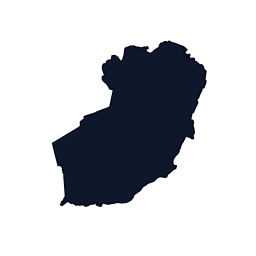 Nauzontla, Puebla, Mexico (Mercator projection), rotated 21°
{"feature_id": "50627088B22298863310989", "entity_name": "Nauzontla", "entity_type": "district", "adm_level": 2, "iso_a3": "MEX", "parent_name": "Mexico", "parent_adm1": "Puebla", "projection": "mercator", "projection_center": [-97.592, 19.962], "detail": "fine", "context": "isolated", "style": "filled", "palette": "ink", "viewbox_px": 256, "rotation_deg": 21, "n_neighbors": 0, "source": "geoboundaries", "source_scale": "gbopen_adm2", "svg_char_len": 5646}
<svg xmlns="http://www.w3.org/2000/svg" viewBox="0 0 256 256"><g transform="rotate(21 128 128)"><path d="M85.3,71.8L85.4,72.4L84.5,73.2L84.3,74.5L84.8,75.3L84.4,76.1L83.2,76.5L82.3,77.2L82.1,78.0L82.1,78.9L82.4,80.2L82.9,81.5L83.8,82.8L84.6,83.7L85.4,84.9L87.6,87.2L87.6,87.7L87.1,88.2L86.1,88.5L85.8,89.5L86.6,91.5L87.7,92.5L88.0,92.8L89.6,93.3L90.6,93.7L91.7,94.0L92.2,94.2L93.0,94.9L93.7,95.3L94.7,95.8L95.4,96.6L96.6,97.7L98.3,98.0L100.4,97.2L101.0,98.9L103.6,115.1L93.3,124.2L93.4,124.4L93.4,124.6L93.3,124.8L92.7,125.1L91.9,125.9L89.1,128.2L83.9,132.2L83.1,133.4L84.3,135.4L83.3,136.4L82.5,137.2L82.2,138.1L81.8,138.6L81.5,139.2L81.6,139.9L82.1,140.9L82.4,141.7L82.6,142.1L82.9,142.5L83.0,143.1L82.5,143.9L82.2,144.9L78.8,149.3L73.3,156.3L68.4,162.7L63.2,169.3L64.4,171.1L67.3,175.3L69.7,178.8L74.8,186.0L76.1,187.9L76.2,187.7L76.4,187.5L76.8,187.3L77.5,187.3L78.2,187.2L78.8,187.1L79.2,187.4L79.7,187.7L80.4,188.1L80.8,188.4L81.6,188.8L81.6,189.2L81.8,189.3L81.7,189.5L81.7,190.0L81.8,190.6L82.1,191.0L82.3,191.1L82.5,191.4L82.9,191.6L83.1,191.8L83.2,192.1L83.3,192.5L83.5,193.0L84.0,193.4L84.5,193.5L84.9,193.7L84.9,193.9L85.2,194.5L85.3,195.4L93.9,213.7L94.0,214.2L94.0,215.3L93.8,216.0L93.7,216.7L93.7,217.6L93.7,218.0L93.7,219.2L93.3,219.7L93.0,220.0L92.8,220.2L92.7,220.7L92.7,221.5L92.7,223.8L94.5,223.7L94.8,222.6L95.1,222.1L95.8,221.5L96.4,220.0L97.3,218.9L98.2,218.1L99.2,218.0L100.5,218.3L101.7,218.7L102.4,218.4L103.1,217.9L103.7,217.8L105.7,218.3L107.4,218.5L108.4,217.9L109.0,217.2L109.6,216.9L110.6,217.4L112.0,216.3L113.8,215.6L114.9,215.8L116.4,216.2L117.6,215.3L118.9,214.3L119.6,212.9L121.2,212.1L122.5,211.6L123.4,210.7L124.1,209.6L124.6,209.4L125.2,209.5L125.5,210.0L125.8,210.8L126.2,211.1L127.2,211.1L128.6,211.1L130.2,210.9L131.0,210.3L131.0,209.3L130.8,208.3L131.0,207.4L131.8,206.9L132.9,206.6L134.0,206.5L134.9,206.6L137.3,205.9L139.4,204.4L142.1,203.0L143.9,201.5L147.2,200.4L149.0,200.1L151.1,198.9L152.8,198.2L155.4,195.6L156.6,193.9L157.7,190.4L157.3,188.5L158.8,186.1L161.7,181.9L162.9,177.2L164.8,175.0L165.9,173.1L167.2,171.6L169.6,169.6L170.9,168.4L171.5,167.4L172.0,166.3L172.4,165.3L173.4,163.6L174.3,162.5L175.6,161.8L176.9,161.3L177.9,161.2L179.6,160.9L181.0,160.2L181.6,159.6L181.3,158.3L181.6,156.7L182.1,156.0L182.8,155.1L183.9,152.8L184.3,152.1L184.9,150.8L185.8,149.9L186.9,148.6L186.7,146.1L184.0,146.5L182.7,145.3L181.8,143.3L181.4,141.1L181.5,140.0L181.8,138.8L182.4,136.5L183.5,134.5L183.8,132.7L184.0,131.0L183.2,130.5L182.1,129.8L182.1,129.3L182.4,128.8L183.8,128.9L183.8,127.1L183.5,125.3L183.7,124.5L183.7,123.3L183.8,122.3L184.3,120.9L184.4,119.1L184.7,116.1L185.3,114.4L187.7,114.7L189.0,114.2L189.7,114.4L190.6,114.9L191.0,114.9L191.6,114.9L192.5,114.8L192.8,114.1L191.2,111.7L191.6,108.9L189.4,104.7L187.6,102.3L187.1,99.4L186.0,97.9L184.9,97.7L183.3,98.3L182.9,94.7L182.6,92.9L182.3,91.3L183.3,90.1L183.6,88.8L183.4,87.1L183.5,85.6L183.7,83.4L183.8,82.1L184.0,80.3L183.7,79.0L182.2,77.3L182.0,76.5L182.8,75.0L182.9,73.5L182.9,71.9L182.9,70.5L182.9,69.3L183.3,67.6L183.1,65.5L182.7,64.1L183.3,63.6L184.3,63.3L184.3,62.4L184.3,60.8L184.4,58.9L183.9,56.1L182.9,55.7L182.3,55.1L182.0,53.9L181.6,52.0L181.2,50.6L180.8,49.2L180.8,48.3L180.6,47.6L180.4,47.1L179.8,46.7L179.1,46.5L178.5,46.3L178.0,46.0L177.5,45.7L177.0,44.9L176.4,44.0L175.1,43.0L174.2,42.7L173.4,42.7L173.1,43.3L172.8,43.6L172.5,43.7L172.1,43.6L171.4,43.1L170.5,42.6L168.9,42.0L167.5,41.8L166.2,41.6L165.6,41.3L165.4,40.6L165.1,39.9L164.9,39.5L164.6,39.5L164.2,39.5L163.8,39.6L163.1,40.0L162.2,40.4L161.4,41.1L160.9,41.2L160.5,41.1L160.3,40.6L160.2,40.2L160.0,39.9L159.7,39.8L159.4,39.9L159.1,40.2L158.8,40.6L158.4,40.8L158.1,40.5L157.9,40.1L158.6,39.2L159.4,38.4L159.6,37.9L159.4,37.6L159.3,37.4L159.0,37.3L158.7,37.3L158.4,37.5L158.2,37.7L158.0,38.3L157.6,38.5L156.9,38.5L155.9,38.3L154.8,38.0L153.6,37.8L154.0,36.9L154.3,35.0L154.9,33.9L153.7,33.4L153.2,33.1L152.6,32.9L151.3,32.6L150.8,32.2L148.3,32.4L145.3,32.3L141.0,32.3L138.8,32.6L137.9,32.9L137.4,32.7L137.1,32.4L136.6,32.3L135.6,32.3L135.0,32.4L134.9,32.9L134.7,33.5L134.6,34.0L134.2,34.0L133.9,33.9L133.5,33.9L133.0,34.0L132.5,33.9L132.2,34.1L131.6,34.2L131.1,34.7L130.6,35.2L130.3,35.9L129.6,36.5L129.3,36.6L129.2,36.7L128.7,37.1L128.3,37.4L128.2,38.1L128.1,38.8L127.9,39.0L127.7,39.5L127.9,39.8L128.3,40.3L128.3,41.0L128.1,41.6L127.5,42.4L126.8,43.5L126.1,44.4L125.5,45.1L124.8,46.3L124.3,47.3L124.0,48.2L123.6,49.0L123.1,49.4L122.7,50.1L121.9,50.5L121.3,50.6L120.3,50.4L119.7,50.5L119.3,50.8L118.6,50.6L118.3,50.2L117.9,49.9L117.6,49.8L117.2,49.5L117.0,49.0L116.6,48.0L116.5,47.6L116.7,47.2L116.8,47.0L117.1,46.9L117.8,46.9L118.0,46.7L118.2,46.4L118.1,46.2L117.9,45.9L117.5,45.7L117.2,45.5L117.0,45.3L116.9,45.3L116.7,45.5L116.3,45.8L116.3,46.0L116.0,46.2L115.7,46.4L114.9,46.4L114.4,46.6L114.0,46.8L113.7,47.1L113.4,47.4L112.9,47.9L112.1,48.3L111.4,48.6L110.9,48.7L110.3,48.8L109.8,48.9L109.5,48.9L109.0,48.9L108.2,49.2L107.5,49.3L107.0,49.5L106.5,49.6L106.0,49.5L104.8,49.6L103.8,49.5L103.5,49.5L103.2,49.9L102.3,50.3L101.7,50.6L101.0,50.7L100.6,50.9L100.5,51.3L100.0,51.8L99.3,52.3L98.8,52.9L98.2,53.3L97.8,53.4L97.3,54.0L96.9,54.8L96.9,55.4L97.1,56.5L97.3,57.3L97.5,58.0L97.9,59.0L98.2,60.7L98.4,61.6L98.4,63.5L98.6,64.7L98.7,66.1L98.3,67.2L97.7,68.1L97.2,68.3L96.2,68.1L95.5,67.4L94.8,67.1L94.2,66.5L93.7,66.3L93.2,66.0L93.0,65.9L93.0,65.6L92.7,65.7L92.4,66.2L92.0,66.6L91.8,66.4L91.7,66.2L91.3,65.8L90.9,65.3L90.7,65.1L90.4,65.0L90.0,65.1L89.3,65.3L88.7,65.6L88.1,65.9L87.3,66.5L87.4,67.0L87.5,67.5L87.8,68.3L87.9,69.2L87.9,70.0L87.6,70.6L87.1,71.2L86.8,71.5L86.1,71.6L85.8,71.7L85.3,71.8Z" fill="#0f172a" stroke="#020617" stroke-width="1.5"/></g></svg>